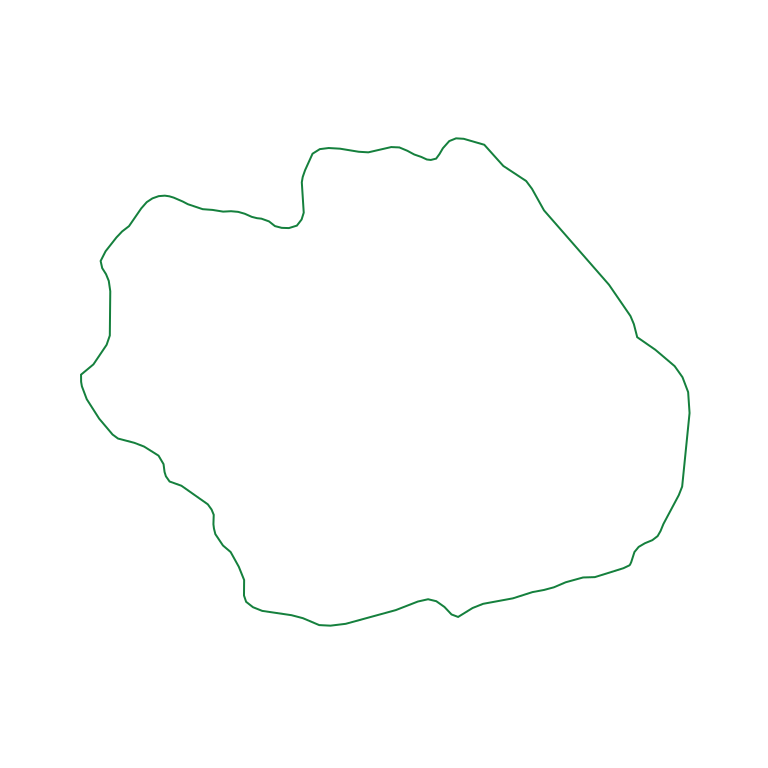 the border of Tochigi, rotated 79°
{"feature_id": "JPN-1859", "entity_name": "Tochigi", "entity_type": "Prefecture", "adm_level": 1, "iso_a3": "JPN", "parent_name": "Japan", "parent_adm1": "", "projection": "mercator", "projection_center": [139.743, 36.672], "detail": "fine", "context": "isolated", "style": "outline", "palette": "green", "viewbox_px": 768, "rotation_deg": 79, "n_neighbors": 0, "source": "natural_earth", "source_scale": "10m", "svg_char_len": 1817}
<svg xmlns="http://www.w3.org/2000/svg" viewBox="0 0 768 768"><g transform="rotate(79 384 384)"><path d="M209.2,638.7L200.6,632.0L189.1,618.7L184.3,612.0L180.4,604.2L165.3,588.8L160.2,582.2L157.6,575.9L156.6,569.3L157.3,563.2L158.8,558.9L160.9,554.9L166.5,546.7L170.1,542.2L177.8,528.6L180.4,519.1L184.1,509.0L185.2,501.2L187.2,494.3L190.3,488.2L194.7,481.9L197.0,477.0L198.3,472.8L202.4,465.9L208.2,460.9L211.2,454.6L212.8,447.6L211.9,439.3L206.8,433.5L200.5,430.1L170.3,426.2L165.3,424.3L159.1,420.7L144.3,410.2L141.2,402.2L141.8,393.3L144.6,382.3L151.2,364.5L153.6,355.2L152.8,331.7L154.7,323.8L159.5,316.6L164.5,310.5L168.2,304.1L171.8,299.1L173.0,295.3L172.7,289.8L168.9,285.7L163.8,281.2L158.0,273.6L156.6,266.4L158.5,259.0L168.3,239.9L192.7,225.3L211.9,205.7L220.6,201.5L244.1,193.8L329.5,144.2L364.3,129.1L372.9,127.3L386.4,126.5L402.2,111.1L421.9,95.3L434.3,89.7L450.0,87.0L470.8,89.6L541.6,110.9L549.3,115.8L574.7,136.4L581.1,140.6L585.5,144.4L588.5,150.4L590.1,158.3L592.5,165.1L596.7,170.2L606.0,175.3L607.8,176.6L608.5,177.2L608.9,177.9L610.5,184.1L613.8,213.9L611.9,225.5L613.3,243.5L616.0,256.1L616.7,266.5L616.6,277.9L619.0,298.4L618.7,328.7L620.8,339.8L626.8,355.7L623.1,361.7L614.4,367.2L607.2,374.1L603.7,381.8L604.0,392.3L608.2,415.6L612.1,467.3L611.0,482.7L608.3,493.6L598.4,508.3L593.3,518.9L583.5,546.8L578.1,555.2L571.5,560.9L564.9,561.8L549.7,558.7L535.7,561.4L519.7,566.6L511.8,572.9L499.2,578.2L493.4,578.5L489.1,578.2L479.9,576.1L474.4,577.2L468.5,579.9L445.2,602.3L438.8,613.1L433.0,615.7L428.5,616.2L420.6,615.7L411.3,619.0L399.6,631.5L394.1,640.3L386.8,655.5L381.8,660.1L363.7,670.2L342.2,678.7L328.6,681.0L324.1,680.9L317.0,679.6L309.3,665.5L292.6,648.8L284.1,643.9L240.7,635.0L230.3,634.5L223.2,635.9L216.5,638.5L209.2,638.7Z" fill="none" stroke="#15803d" stroke-width="2"/></g></svg>